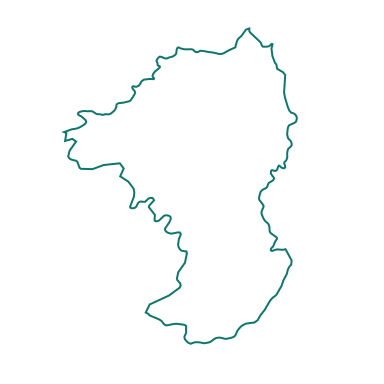 an SVG outline of Guadalajara, rotated 80°
{"feature_id": "ESP-5822", "entity_name": "Guadalajara", "entity_type": "Autonomous Community", "adm_level": 1, "iso_a3": "ESP", "parent_name": "Spain", "parent_adm1": "", "projection": "albers", "projection_center": [-2.665, 40.739], "detail": "fine", "context": "isolated", "style": "outline", "palette": "teal", "viewbox_px": 384, "rotation_deg": 80, "n_neighbors": 0, "source": "natural_earth", "source_scale": "10m", "svg_char_len": 4854}
<svg xmlns="http://www.w3.org/2000/svg" viewBox="0 0 384 384"><g transform="rotate(80 192 192)"><path d="M276.0,221.8L274.4,221.8L268.7,219.5L260.4,211.2L251.3,207.6L249.6,207.8L248.5,211.3L247.7,212.8L246.5,213.8L243.9,214.8L241.3,214.8L236.1,213.1L231.9,210.4L229.9,210.8L229.3,212.9L229.5,218.3L229.1,220.6L228.1,222.6L226.7,224.2L225.0,225.1L223.4,224.9L217.9,219.6L214.6,217.5L212.9,217.5L211.7,218.4L210.9,219.9L210.4,221.8L210.5,223.6L214.4,229.5L214.8,231.7L214.2,233.3L213.3,233.8L208.1,232.5L199.7,237.0L198.7,236.9L197.8,236.3L193.6,230.8L191.6,231.5L191.0,232.2L190.5,234.3L191.1,236.3L193.5,239.8L193.4,240.7L192.5,244.2L192.6,245.6L193.7,247.2L196.6,249.3L197.6,250.9L197.8,252.0L197.7,253.3L197.4,254.5L196.8,255.3L195.9,255.6L186.5,250.0L182.4,248.9L178.6,248.9L170.7,252.9L164.1,260.0L157.0,255.2L151.2,258.1L150.1,274.3L152.2,286.0L149.9,297.3L148.7,298.5L142.3,299.7L141.1,300.7L139.4,304.7L138.3,306.3L136.9,307.3L135.2,307.7L130.0,305.3L122.2,297.4L118.9,300.6L119.7,308.1L112.2,305.5L110.8,307.6L109.4,299.6L109.5,295.5L109.3,293.6L108.8,291.3L107.5,287.8L106.2,285.2L104.5,284.0L103.0,284.2L99.1,287.1L98.0,288.3L97.1,289.6L96.0,290.6L94.8,290.7L93.7,289.2L93.4,286.4L93.5,284.3L93.9,282.4L94.4,280.7L94.6,278.9L95.0,276.7L95.9,275.3L98.1,273.1L98.8,272.0L99.1,270.9L99.2,269.9L99.9,268.1L100.3,267.2L100.5,266.3L100.5,265.3L100.3,263.4L100.5,262.8L100.8,261.9L101.1,260.3L100.6,258.1L98.3,254.2L96.5,252.7L94.8,251.7L93.4,251.4L92.4,250.6L91.8,249.2L92.1,243.6L91.8,239.6L91.8,238.8L91.7,237.9L91.2,236.7L88.1,233.6L86.9,232.7L85.9,231.6L84.6,231.0L83.3,230.8L82.3,231.1L81.3,231.7L80.3,232.4L79.5,232.6L78.4,232.7L77.9,232.2L77.6,231.5L77.9,230.6L78.3,230.1L78.5,229.5L78.7,228.6L78.4,227.0L77.9,225.6L75.8,223.6L74.5,222.8L73.7,221.4L73.0,219.8L73.3,214.4L74.2,210.1L73.3,209.7L72.5,210.2L71.4,210.7L70.2,210.5L68.6,209.4L66.9,207.5L64.8,203.7L63.6,202.0L62.5,202.0L62.0,203.0L61.2,203.8L59.1,203.6L56.8,204.2L55.6,203.6L54.6,202.6L53.6,201.4L53.1,200.2L53.7,198.5L55.5,195.9L56.0,194.7L56.1,193.1L55.6,191.7L55.4,189.0L55.1,187.0L54.1,184.9L53.1,183.6L48.7,182.2L47.7,181.5L47.3,180.8L47.3,180.0L47.9,179.4L48.4,178.6L49.3,176.7L50.1,174.7L50.4,173.5L51.3,167.8L51.7,166.8L52.3,166.1L53.0,165.5L53.7,165.2L54.5,164.4L55.1,163.3L55.1,161.3L54.4,159.6L54.6,158.1L55.1,156.7L55.6,154.8L56.3,153.3L56.9,151.8L58.2,147.3L58.9,145.8L59.4,144.3L60.6,141.8L61.1,139.9L61.0,137.2L58.8,131.0L57.1,124.2L55.7,123.6L54.6,123.2L51.1,121.4L50.0,120.6L48.7,119.2L47.1,116.5L41.5,110.7L40.9,107.2L43.6,107.6L44.8,107.2L56.5,98.5L59.9,97.7L61.1,97.1L61.5,95.5L61.9,92.4L61.9,91.0L61.2,89.7L60.4,88.6L60.0,87.6L60.4,87.0L64.4,88.8L71.9,89.2L79.2,87.9L80.9,86.8L85.5,86.7L89.9,81.5L93.1,79.9L110.2,84.1L115.5,84.0L125.4,82.8L128.8,82.0L131.2,80.5L131.6,79.3L132.4,78.1L133.3,77.1L134.6,76.4L136.3,75.9L138.2,76.1L140.8,77.4L141.6,78.8L142.0,80.3L142.3,81.8L143.1,84.6L144.3,85.8L146.1,86.7L151.8,88.3L155.5,88.1L157.2,87.2L158.5,86.2L159.9,85.6L161.5,85.5L163.4,85.8L164.6,87.1L165.4,88.5L166.3,89.8L167.9,90.7L170.6,91.6L174.2,92.1L176.7,93.3L177.9,94.6L178.7,95.8L179.9,96.3L181.2,95.9L182.6,95.8L183.8,95.9L184.7,97.2L184.3,98.3L183.6,99.6L181.4,101.2L181.1,101.9L182.3,102.9L184.9,104.4L185.7,105.8L185.6,107.1L184.3,109.3L184.7,110.3L185.9,110.9L187.5,111.1L190.0,110.1L191.5,109.2L192.8,108.8L194.2,109.7L194.9,111.0L195.5,112.4L195.9,113.7L196.4,114.7L196.8,115.2L197.6,115.8L199.4,116.7L200.4,117.4L201.0,118.6L201.8,121.4L202.5,122.9L203.6,124.2L205.2,125.2L209.3,127.0L211.3,127.1L216.2,124.6L218.0,123.9L219.8,124.5L220.9,125.4L223.6,127.0L225.6,127.3L229.4,126.5L231.6,125.8L233.6,124.8L235.3,123.3L237.1,122.2L239.8,121.8L243.2,122.3L244.6,122.2L246.0,121.8L250.8,117.1L252.0,116.3L253.2,116.7L254.1,117.6L255.2,118.7L258.9,121.0L260.0,121.9L260.7,123.1L261.7,124.1L262.9,124.5L263.7,124.0L264.0,122.8L263.6,121.6L263.3,117.9L264.7,112.8L264.6,109.8L276.7,105.8L280.8,106.9L281.7,108.3L283.2,109.7L285.1,111.1L288.9,112.7L295.0,117.4L300.1,120.2L307.6,126.5L308.5,127.7L309.2,129.0L309.8,130.3L310.6,131.6L312.8,134.2L321.0,141.1L321.9,142.3L323.5,143.9L324.4,145.2L329.7,149.7L331.5,153.5L331.2,155.2L331.0,161.7L331.8,164.6L333.0,167.2L334.2,168.8L336.3,171.2L340.2,173.8L341.6,175.3L342.1,176.9L342.4,178.7L342.6,183.4L342.2,185.3L340.8,188.3L340.2,190.0L340.0,191.7L340.0,193.7L340.6,195.5L341.5,197.2L342.7,199.8L343.1,201.9L343.1,206.1L342.6,207.6L341.5,210.3L340.7,213.5L340.5,215.8L341.2,219.6L340.5,220.8L339.6,222.0L338.4,223.0L335.9,224.5L334.5,224.7L333.2,224.6L332.0,223.9L330.8,222.9L328.3,221.9L326.9,221.9L323.1,221.0L322.1,221.8L321.3,223.0L319.0,230.4L318.8,233.0L319.0,240.1L318.1,241.7L316.9,242.8L314.1,244.2L312.7,245.4L311.4,247.0L306.6,254.6L305.5,255.7L304.6,255.9L302.7,258.5L295.4,253.2L289.9,232.5L284.0,220.7L282.3,219.5L280.1,219.4L276.0,221.8Z" fill="none" stroke="#0f766e" stroke-width="2"/></g></svg>